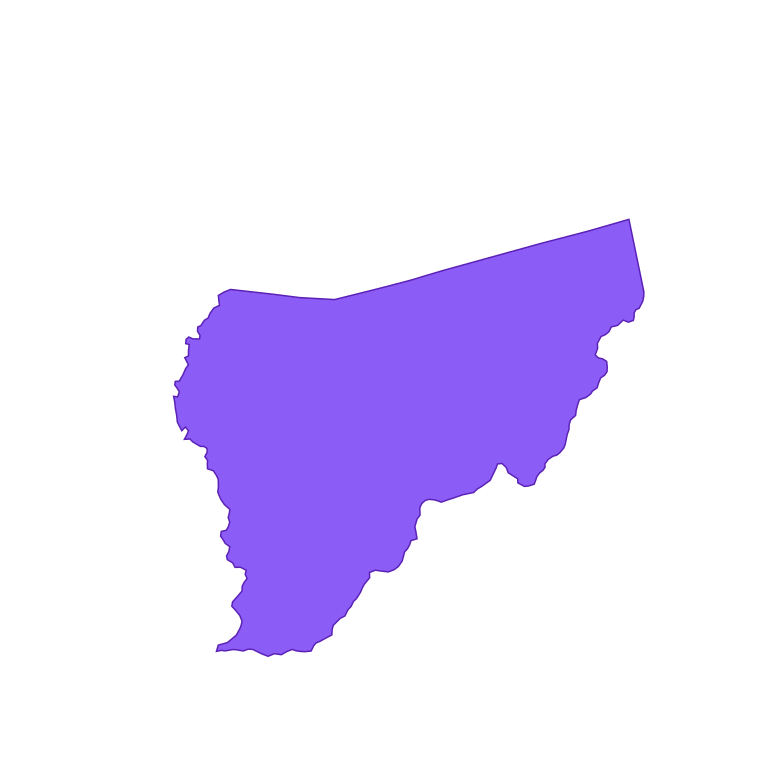 Itaporã do Tocantins, Tocantins, Brazil, rotated 53°
{"feature_id": "56859067B75494045146561", "entity_name": "Itaporã do Tocantins", "entity_type": "district", "adm_level": 2, "iso_a3": "BRA", "parent_name": "Brazil", "parent_adm1": "Tocantins", "projection": "mercator", "projection_center": [-48.728, -8.44], "detail": "fine", "context": "isolated", "style": "filled", "palette": "violet", "viewbox_px": 768, "rotation_deg": 53, "n_neighbors": 0, "source": "geoboundaries", "source_scale": "gbopen_adm2", "svg_char_len": 3037}
<svg xmlns="http://www.w3.org/2000/svg" viewBox="0 0 768 768"><g transform="rotate(53 384 384)"><path d="M466.8,121.0L399.9,89.3L384.6,129.3L366.1,174.2L329.2,267.7L323.1,284.0L317.4,299.6L306.4,326.4L301.8,337.4L293.4,357.2L286.8,372.7L264.2,399.4L246.0,418.1L216.1,449.7L214.3,456.7L213.6,463.0L218.1,465.8L222.2,468.0L220.9,474.1L222.9,480.5L225.5,484.9L225.0,489.0L227.1,495.1L226.4,498.5L229.7,501.2L234.5,501.7L237.0,504.2L232.9,509.5L229.0,511.6L229.2,515.1L232.4,518.1L235.2,515.8L239.6,520.0L243.9,523.3L243.1,527.3L246.8,527.9L251.0,528.7L252.3,533.1L255.6,538.9L258.5,545.8L256.3,549.1L258.9,551.7L262.2,551.7L267.1,552.1L270.1,556.7L267.2,559.4L273.0,562.3L277.8,565.2L284.9,568.8L289.9,571.9L295.1,572.9L299.6,573.6L298.9,568.5L303.7,568.3L305.7,571.7L308.1,576.7L311.1,572.1L315.4,571.5L323.3,568.2L325.5,565.4L328.9,564.1L332.0,566.2L334.2,570.8L338.7,570.8L341.5,573.2L345.5,576.0L350.5,572.5L356.1,572.8L360.3,573.7L364.1,576.4L366.8,578.4L370.1,581.7L373.6,582.7L378.4,583.8L384.4,584.0L391.4,582.6L393.8,585.0L396.9,588.8L401.4,590.3L404.2,594.1L405.9,598.0L403.8,602.7L407.2,606.1L411.4,606.2L415.7,606.7L421.1,605.1L424.5,608.9L426.6,613.3L430.0,614.8L435.8,612.5L440.8,613.3L444.1,608.8L449.9,606.1L452.4,609.4L456.9,610.3L458.4,615.5L460.4,619.2L463.9,622.0L464.7,625.4L466.9,636.1L469.9,639.3L475.7,638.7L482.2,638.5L488.0,640.1L490.5,643.0L492.5,646.1L495.7,653.0L496.3,664.7L492.8,673.5L496.7,678.7L498.8,674.3L501.6,671.4L504.9,664.9L507.1,662.1L512.5,657.1L514.0,652.1L516.9,648.6L526.2,643.9L531.7,640.4L533.4,633.9L538.4,628.9L539.2,622.6L540.7,617.1L544.1,614.8L547.2,611.8L550.2,608.2L553.4,602.9L550.8,597.9L549.9,594.2L551.0,590.1L551.7,584.7L553.0,576.6L548.7,573.0L546.2,569.7L544.8,560.1L545.7,554.8L542.6,548.7L541.8,544.1L539.3,539.3L538.9,535.6L537.6,531.8L536.1,528.0L534.1,524.6L532.1,520.3L530.1,512.1L525.8,509.0L527.5,503.0L531.4,499.1L536.7,493.6L538.4,487.7L538.4,482.3L536.3,476.0L533.7,472.7L530.5,468.6L529.7,464.4L527.9,460.4L525.3,456.7L527.5,450.8L521.1,447.4L516.5,445.2L511.7,438.8L510.5,434.2L504.5,430.0L502.2,425.8L501.8,421.1L503.1,417.6L506.6,413.7L509.9,411.2L512.8,409.4L514.5,403.9L516.8,397.3L519.8,387.9L524.6,377.7L524.0,372.7L524.6,367.4L524.8,357.1L522.2,352.1L518.5,344.9L516.1,341.5L518.5,337.6L524.2,336.6L529.6,338.2L540.2,334.3L543.5,336.6L550.3,333.5L552.4,330.0L554.4,324.4L552.1,320.7L550.1,317.9L548.7,313.4L548.6,308.9L547.4,305.5L544.6,303.5L543.1,298.3L543.3,292.7L544.8,288.8L544.7,285.3L543.4,279.2L541.4,275.8L537.8,271.7L534.6,268.1L531.8,263.8L527.7,260.4L524.9,256.4L524.4,249.9L520.8,246.5L518.1,243.1L515.9,240.1L514.1,237.3L516.3,231.0L516.3,225.0L515.1,221.7L515.3,216.1L512.5,212.3L509.5,207.4L509.7,202.4L508.4,198.5L504.8,195.5L500.0,192.6L495.8,194.1L491.9,197.2L487.9,197.8L484.0,191.8L480.0,189.2L476.7,182.1L477.8,177.4L477.6,172.8L475.2,168.1L477.8,162.2L476.9,154.5L481.7,151.6L483.3,146.6L480.9,143.8L477.8,141.5L476.2,138.1L477.1,134.7L473.6,127.5L470.3,123.8L466.8,121.0Z" fill="#8b5cf6" stroke="#5b21b6" stroke-width="1.5"/></g></svg>